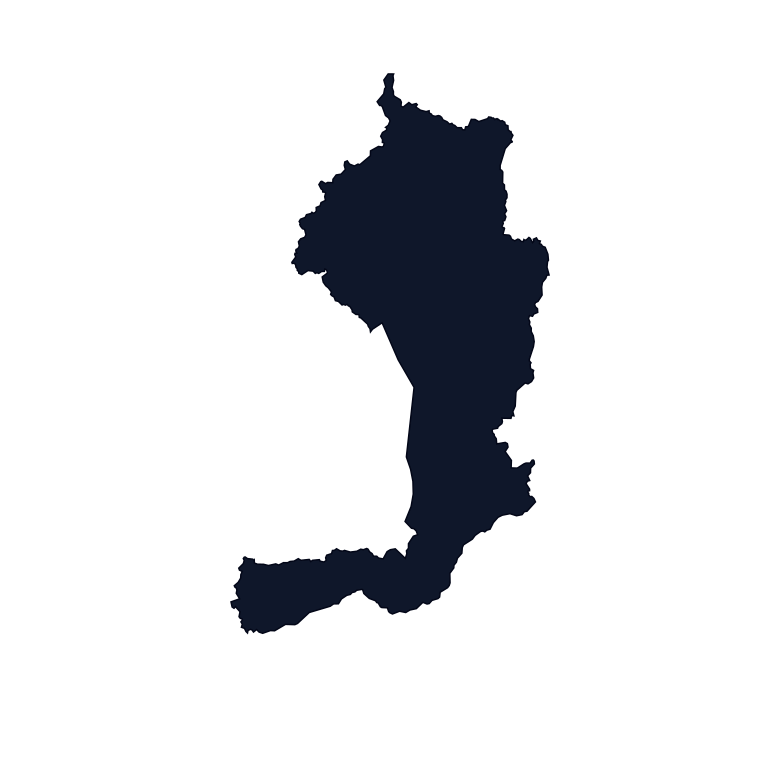 map outline of Buryat (Albers equal-area conic projection), rotated 309°
{"feature_id": "RUS-2606", "entity_name": "Buryat", "entity_type": "Republic", "adm_level": 1, "iso_a3": "RUS", "parent_name": "Russia", "parent_adm1": "", "projection": "albers", "projection_center": [108.984, 53.605], "detail": "fine", "context": "isolated", "style": "filled", "palette": "ink", "viewbox_px": 768, "rotation_deg": 309, "n_neighbors": 0, "source": "natural_earth", "source_scale": "10m", "svg_char_len": 6171}
<svg xmlns="http://www.w3.org/2000/svg" viewBox="0 0 768 768"><g transform="rotate(309 384 384)"><path d="M143.5,467.5L140.9,466.2L135.2,458.7L123.4,454.3L120.9,450.9L113.9,446.6L112.6,443.0L113.0,439.5L109.1,438.7L109.8,436.1L109.4,434.7L106.9,433.4L104.6,434.6L104.8,432.5L106.3,429.3L105.2,426.3L108.2,425.0L109.1,422.5L111.4,422.5L112.2,421.2L111.4,419.9L111.9,417.8L116.4,415.4L117.5,408.7L115.3,408.6L115.1,406.3L118.4,402.2L126.2,407.0L128.4,400.9L131.4,399.3L132.5,397.4L132.3,396.1L133.0,394.6L138.0,395.5L142.9,394.8L145.8,392.7L149.1,391.8L148.4,388.8L149.5,387.0L155.9,387.7L158.9,386.4L159.8,384.5L161.5,384.4L162.2,385.0L162.4,387.8L165.3,392.3L165.0,394.0L165.5,394.0L163.3,395.9L164.3,399.0L168.1,403.9L170.2,408.4L176.1,413.1L177.0,416.1L181.9,418.3L184.4,421.5L187.0,422.7L189.8,425.6L194.3,427.3L194.7,430.4L200.6,436.3L199.9,438.9L202.0,439.4L206.8,444.3L206.1,445.9L207.9,449.4L210.5,450.1L212.2,448.0L214.9,447.2L219.2,450.0L222.2,448.7L223.4,450.1L226.1,450.8L226.7,454.9L228.3,457.3L229.8,458.0L232.2,463.6L237.0,468.2L241.0,469.9L242.2,472.2L245.3,474.1L245.6,475.6L244.5,478.4L244.7,481.5L243.6,484.2L245.6,486.8L245.3,489.2L247.5,493.4L255.7,491.9L259.2,493.2L263.0,496.5L261.9,510.3L266.4,508.6L268.5,506.4L271.7,506.4L275.3,503.5L284.2,502.6L288.0,505.0L290.1,501.5L290.4,498.4L289.2,496.1L290.4,486.9L305.8,482.2L316.9,476.0L326.5,467.8L334.5,458.3L341.4,447.3L400.3,409.5L411.7,379.8L430.4,344.0L419.4,340.6L416.0,340.7L418.2,338.3L418.9,335.6L420.2,333.6L420.8,324.2L420.2,322.9L422.2,320.8L420.4,318.4L420.1,314.0L421.6,312.4L422.8,308.5L422.3,307.2L422.7,305.2L421.1,304.5L420.2,302.2L419.0,301.7L419.5,296.6L418.2,293.8L420.2,290.4L419.8,287.7L420.1,286.1L422.5,285.2L423.7,280.2L423.7,276.9L424.9,272.7L428.3,268.6L434.6,270.2L436.2,268.3L436.5,266.8L436.1,265.7L434.0,266.8L432.2,264.7L428.9,263.7L428.3,261.8L426.7,261.0L427.1,257.9L424.3,253.5L417.3,251.3L416.5,248.0L417.7,247.0L417.7,245.1L419.0,244.0L419.2,242.3L421.2,240.0L421.3,238.2L419.9,236.8L420.6,235.8L427.2,235.5L428.5,233.1L429.6,232.6L430.8,233.9L431.9,231.7L433.2,231.0L435.1,231.9L437.9,231.4L440.7,228.0L444.4,227.9L448.0,230.0L450.8,229.5L454.2,225.0L453.4,222.9L454.1,219.8L454.9,218.2L456.0,217.9L456.9,215.8L459.5,215.4L463.8,217.9L466.8,217.2L470.6,220.0L472.1,219.9L472.3,221.8L474.2,222.6L476.0,222.4L478.5,220.2L482.2,222.2L485.4,220.9L489.8,223.0L492.3,220.0L495.8,218.4L495.9,217.5L494.7,215.6L496.1,214.2L496.0,212.4L498.0,207.9L501.5,207.5L502.4,208.1L502.9,212.4L505.2,213.4L508.2,217.5L511.0,215.5L516.4,215.3L520.1,218.6L526.4,219.0L528.9,215.5L531.9,213.8L534.3,215.0L533.2,218.8L534.8,223.8L538.5,225.4L539.2,227.2L552.8,229.8L556.7,226.8L565.1,230.2L566.9,233.2L568.1,234.0L571.0,232.9L571.3,231.9L570.7,230.7L573.0,229.1L574.5,225.5L578.5,224.6L582.9,226.2L584.6,225.1L584.4,223.7L587.7,224.5L592.3,223.2L593.7,220.1L593.6,216.2L598.6,207.9L598.5,206.3L597.7,205.3L599.1,201.0L609.3,201.2L613.9,198.7L615.8,198.7L620.1,192.6L627.6,192.1L631.0,196.4L629.2,197.0L626.0,200.4L619.5,203.6L617.2,207.3L614.9,209.1L614.1,210.8L615.1,217.8L613.9,220.2L610.8,222.1L611.0,224.6L618.4,226.2L618.5,229.8L622.2,232.5L622.0,234.1L619.3,234.2L619.7,240.0L622.2,245.3L624.7,247.1L623.1,248.6L623.6,251.0L623.0,252.6L624.3,255.4L626.8,257.3L627.5,258.8L627.5,261.0L626.4,263.6L627.5,268.0L627.2,271.4L629.3,272.7L628.9,274.5L629.5,276.3L629.2,279.5L631.9,282.8L631.1,284.9L631.6,286.0L632.4,286.9L635.2,285.6L637.2,287.5L644.6,285.3L646.9,288.3L647.6,292.5L655.4,297.5L657.4,297.3L658.7,299.5L658.6,300.5L659.6,301.7L659.3,303.8L660.8,304.2L661.0,305.6L661.6,305.5L661.7,309.2L663.0,310.1L663.4,313.1L661.8,315.1L662.7,317.8L659.7,320.5L659.6,323.1L660.1,323.8L659.0,325.2L658.4,327.7L653.5,328.9L653.1,331.1L652.4,331.3L651.3,330.4L643.2,330.1L627.0,336.7L623.8,339.3L624.1,341.0L623.5,342.9L614.7,349.8L614.5,352.3L610.7,355.5L610.7,357.5L608.9,360.2L606.1,362.4L603.3,362.6L602.4,363.9L598.6,365.2L595.8,370.2L592.1,370.6L590.7,373.5L587.0,374.9L585.3,373.8L583.8,375.7L580.5,376.6L580.4,378.1L581.0,378.8L580.7,379.8L575.5,382.1L575.3,383.0L578.4,387.5L578.4,389.3L576.9,391.8L577.5,395.5L580.8,396.8L581.4,398.3L581.1,400.7L582.3,402.7L584.3,401.8L584.4,403.1L585.9,404.0L589.1,404.4L589.2,405.9L587.4,410.5L589.3,410.5L590.5,409.0L593.5,410.5L592.4,413.2L593.5,415.5L590.9,416.5L591.5,418.4L590.8,420.4L591.7,423.2L588.0,429.7L583.7,433.9L582.0,434.1L577.3,437.2L572.6,443.7L571.0,442.1L568.0,443.2L562.7,443.2L558.6,445.5L552.6,450.9L545.1,451.7L542.6,450.5L540.5,451.0L539.3,453.2L539.1,455.9L536.4,458.4L532.7,456.4L530.1,456.8L528.7,454.0L525.7,455.2L524.0,458.3L521.6,459.6L520.1,463.3L517.5,465.3L515.4,469.7L511.5,474.0L507.1,476.6L494.6,481.4L493.4,482.5L493.0,484.9L491.3,485.2L488.1,488.2L488.7,491.7L486.3,492.8L482.9,496.5L478.7,497.1L474.7,495.8L473.6,493.0L462.7,491.2L460.4,491.9L449.4,499.9L443.6,501.5L441.0,505.0L439.9,503.1L437.2,504.3L431.6,497.1L429.3,499.7L427.4,500.5L422.8,499.5L421.1,500.1L417.6,497.1L416.1,497.1L414.4,499.2L414.2,501.3L413.1,502.3L412.1,505.7L408.4,509.3L414.9,515.0L415.3,517.4L413.0,520.1L407.7,520.7L404.8,531.1L398.8,535.6L402.5,540.5L410.2,543.1L412.0,544.2L414.4,547.3L418.1,547.1L418.9,548.0L418.6,549.1L416.5,551.2L410.9,550.9L407.2,553.7L403.0,553.4L400.7,558.0L398.7,556.6L396.0,557.1L393.9,563.3L392.7,564.3L391.6,563.4L390.4,563.8L390.1,565.3L388.7,566.4L388.4,568.5L389.6,569.6L389.4,572.5L387.7,575.9L375.1,575.2L373.1,573.4L369.4,573.5L365.0,569.9L362.5,563.5L356.5,558.5L352.2,556.5L345.1,556.2L337.9,557.8L335.1,555.9L332.5,555.4L332.0,553.5L330.3,551.9L323.7,550.1L319.1,550.3L309.0,547.0L306.1,547.8L301.5,551.0L294.8,550.7L291.0,552.4L287.1,552.4L285.0,554.0L278.3,554.3L271.0,560.5L268.4,561.5L265.7,561.6L257.5,558.7L253.4,561.3L251.2,561.0L246.1,557.5L241.8,557.3L240.1,555.9L238.8,551.6L229.8,550.5L224.7,546.4L220.1,544.7L217.2,539.1L210.6,535.3L209.9,532.3L210.1,530.8L212.2,527.5L208.9,523.0L208.6,521.4L210.2,517.3L209.6,515.9L210.2,513.8L208.1,507.5L208.5,500.2L210.7,496.9L210.5,496.1L206.5,492.6L204.1,492.2L201.9,490.4L199.3,490.3L196.4,488.1L190.2,486.2L184.5,486.9L181.4,483.2L177.5,482.1L159.4,469.7L143.5,467.5Z" fill="#0f172a" stroke="#020617" stroke-width="1.5"/></g></svg>